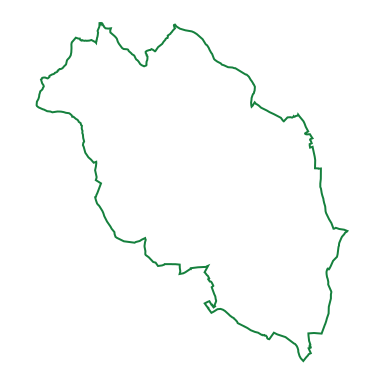 Alunis, Cluj, Romania (Mercator projection)
{"feature_id": "2599482B75339892502003", "entity_name": "Alunis", "entity_type": "district", "adm_level": 2, "iso_a3": "ROU", "parent_name": "Romania", "parent_adm1": "Cluj", "projection": "mercator", "projection_center": [23.748, 47.047], "detail": "fine", "context": "isolated", "style": "outline", "palette": "green", "viewbox_px": 384, "rotation_deg": 0, "n_neighbors": 0, "source": "geoboundaries", "source_scale": "gbopen_adm2", "svg_char_len": 5791}
<svg xmlns="http://www.w3.org/2000/svg" viewBox="0 0 384 384"><path d="M232.4,67.5L228.1,67.2L224.0,65.3L221.8,64.6L220.8,63.4L217.3,61.6L214.8,59.8L214.0,58.9L212.1,53.9L211.2,52.8L209.6,49.9L208.7,47.8L207.1,45.3L205.8,44.4L202.6,39.2L196.8,34.1L194.1,32.4L191.8,31.4L185.4,30.3L180.0,28.7L176.5,26.5L175.0,24.6L174.1,24.9L173.9,25.4L174.4,27.3L175.0,28.3L172.9,30.5L171.6,32.3L170.9,32.9L170.4,33.8L167.9,35.5L167.7,35.7L167.9,36.6L167.5,38.0L166.9,38.0L165.7,38.8L165.3,39.8L163.6,41.7L162.2,43.9L158.1,47.1L155.3,51.2L155.0,51.3L152.8,49.7L151.4,49.1L150.4,50.0L149.5,50.0L147.0,50.8L145.7,51.7L145.7,53.0L146.2,53.5L146.3,54.3L146.8,54.9L146.6,55.2L146.7,55.7L147.5,56.4L147.4,58.9L147.2,60.2L146.6,61.5L146.4,63.7L146.5,64.6L146.3,65.4L144.1,66.3L141.7,65.2L140.2,64.1L138.7,61.7L137.5,60.3L136.4,59.6L135.8,58.8L134.3,55.7L133.9,55.3L132.0,54.2L131.3,53.3L128.7,51.0L128.1,49.7L127.1,49.3L123.6,49.0L122.1,48.0L118.9,43.7L117.8,41.7L116.9,38.9L116.1,37.7L114.6,36.1L110.4,32.5L110.2,30.6L110.9,28.3L108.3,28.6L105.5,28.3L104.1,26.9L103.6,25.7L103.0,25.4L102.8,24.3L102.0,23.2L101.5,23.1L101.0,24.4L100.7,24.0L100.6,23.0L99.5,23.1L99.4,26.5L97.6,30.9L98.1,32.8L97.9,33.5L97.8,34.8L97.4,37.0L97.0,38.0L96.9,39.2L96.5,40.2L96.6,40.9L96.2,41.2L96.1,42.9L95.5,42.2L91.4,40.0L89.4,40.6L86.7,40.8L85.5,40.6L84.7,40.8L82.9,40.5L82.1,40.1L81.7,40.6L81.4,40.6L80.1,39.7L79.9,39.3L79.8,38.6L78.4,38.6L75.8,37.7L71.8,42.4L71.4,44.2L71.5,48.1L71.3,52.3L70.7,55.4L69.4,57.6L67.4,59.7L66.9,60.6L66.1,64.2L65.8,64.7L64.1,66.3L62.7,68.0L61.8,68.6L60.5,69.1L59.7,69.0L58.2,70.2L58.2,70.6L57.6,70.8L57.3,71.7L56.8,72.1L54.9,72.8L54.6,73.4L53.7,74.0L52.0,74.5L49.5,75.9L49.3,76.4L49.4,77.0L47.9,78.3L47.4,78.4L45.0,77.5L43.3,77.6L42.2,77.9L41.7,79.1L41.0,79.5L42.2,83.4L43.3,84.9L43.8,86.3L43.7,86.7L43.0,87.7L42.6,89.0L41.7,90.1L40.2,91.4L40.1,92.2L39.3,94.7L39.1,96.7L38.4,99.0L36.9,101.7L36.6,105.2L37.0,106.1L38.6,107.4L42.9,109.3L43.8,109.5L47.2,111.2L50.3,111.5L52.4,112.3L57.5,111.5L60.9,111.6L63.7,112.1L65.9,112.8L69.0,113.2L69.9,113.7L71.7,115.3L72.3,116.8L73.0,116.6L73.6,116.9L75.9,118.9L77.5,119.8L78.3,120.8L78.7,121.8L80.6,123.1L81.1,125.0L81.9,125.7L81.7,128.1L82.0,129.6L82.5,130.9L82.3,133.0L82.9,134.5L83.2,138.0L84.1,141.3L84.1,141.7L83.4,142.6L82.9,145.1L83.7,146.8L85.3,152.7L88.4,157.3L91.0,159.6L93.7,162.7L96.2,161.8L96.3,163.1L95.9,166.5L95.1,170.2L96.6,177.0L96.5,178.0L95.8,180.1L101.0,183.4L97.3,193.2L96.4,195.0L96.2,195.9L95.6,197.4L95.2,197.4L95.9,200.1L97.0,203.3L97.8,204.5L98.9,205.5L99.8,206.8L102.5,211.2L103.4,213.3L104.3,216.2L107.0,221.5L110.5,226.6L111.6,228.7L114.4,232.1L114.6,234.1L115.5,236.8L116.8,237.8L123.9,241.3L134.6,242.7L135.8,242.0L139.7,241.0L141.7,239.7L145.1,238.1L145.3,239.1L145.6,239.4L145.7,239.9L145.0,242.3L144.5,246.0L144.6,247.1L145.4,251.1L145.3,254.0L145.4,254.5L145.8,255.1L148.8,257.3L153.2,262.0L155.6,262.6L158.0,266.0L162.2,265.4L164.3,264.6L164.6,264.1L175.4,264.2L179.7,264.6L179.8,268.0L180.3,271.2L179.6,274.0L183.3,273.3L185.3,272.3L190.1,269.1L190.8,269.1L190.8,268.2L197.9,267.3L206.1,266.9L206.9,266.3L208.1,265.8L204.6,272.3L205.1,272.7L206.9,275.1L207.9,275.9L209.2,278.5L208.2,279.2L209.8,281.5L210.4,281.4L211.0,281.7L211.7,282.5L213.3,285.7L213.3,285.9L211.7,287.2L214.3,294.3L215.3,296.4L215.7,299.2L216.1,300.3L216.1,301.3L215.0,304.1L214.4,305.2L215.1,306.3L213.6,307.4L212.4,305.8L212.1,304.7L211.5,304.8L209.4,301.2L207.8,301.8L204.7,303.4L206.6,306.1L208.1,307.7L207.8,307.8L208.3,308.6L211.4,312.8L213.4,311.8L217.5,309.2L220.5,308.9L222.9,309.7L225.0,311.0L229.0,314.6L229.7,315.4L232.5,317.5L233.6,317.9L234.3,318.9L235.4,319.7L235.8,320.3L237.0,321.5L237.7,323.1L247.4,328.0L250.7,330.2L254.9,331.9L258.1,332.7L261.7,334.9L262.6,334.9L263.0,335.3L264.4,335.0L264.9,335.7L266.0,335.7L266.9,336.8L267.3,338.3L268.2,339.0L269.3,339.2L273.9,332.7L277.3,334.4L285.5,337.1L294.0,343.5L295.1,344.0L296.2,345.3L296.9,346.3L297.6,347.9L298.2,349.9L298.3,351.9L299.5,355.9L300.8,358.3L303.3,361.0L306.2,357.3L307.9,355.5L308.7,354.2L310.8,353.2L308.6,348.3L310.7,347.7L310.8,347.5L310.4,346.2L309.6,346.2L309.7,345.2L310.3,344.5L309.1,340.9L308.5,335.6L308.4,333.4L314.0,333.0L321.6,333.6L325.0,324.4L325.2,324.1L326.2,321.1L326.9,318.4L328.6,313.5L328.8,306.8L330.9,298.5L330.9,294.4L331.3,292.5L331.3,291.6L330.9,290.7L328.2,284.5L328.3,282.0L327.7,279.0L327.0,276.9L326.6,274.3L326.5,272.7L326.6,271.3L327.3,269.2L327.8,268.5L328.0,268.5L328.9,269.3L329.4,268.7L330.7,266.2L333.1,260.8L337.0,256.8L337.6,254.2L338.5,246.9L339.0,245.6L339.0,244.3L339.3,242.8L341.3,238.1L342.0,236.7L344.2,234.2L345.2,232.6L346.8,231.7L347.4,231.0L344.1,229.7L339.3,229.0L335.8,227.8L334.4,228.6L333.5,228.7L331.4,223.1L329.1,219.3L326.1,213.1L325.6,211.4L325.2,206.5L324.1,202.8L323.5,200.0L323.4,198.9L322.3,195.5L321.7,193.1L321.0,188.8L320.3,186.9L320.3,183.5L320.8,178.9L320.9,168.5L318.5,168.7L318.3,168.4L315.0,168.3L315.2,160.1L314.7,156.7L312.8,147.9L312.6,146.8L310.1,147.6L309.7,145.5L309.7,144.1L311.7,143.3L310.9,141.1L310.1,139.9L310.1,139.5L310.4,139.1L312.5,138.3L311.4,136.7L309.9,134.2L306.9,134.4L305.8,134.2L305.1,133.7L305.1,133.4L305.3,133.2L308.2,131.4L305.8,126.9L304.5,123.4L303.5,121.3L299.4,116.3L298.1,114.5L297.9,115.3L297.6,115.6L295.8,116.0L294.6,116.8L294.1,116.7L293.7,116.2L293.2,117.0L292.1,117.6L290.4,117.2L287.5,117.4L283.8,121.3L282.9,120.6L280.9,117.8L273.8,114.1L269.5,112.1L266.8,110.5L261.1,107.7L258.8,105.6L257.1,104.4L256.2,104.1L254.7,102.3L252.6,105.7L251.6,106.7L251.3,105.5L251.1,102.6L251.5,99.7L251.6,98.0L252.6,95.0L253.2,93.8L253.5,93.7L254.0,92.9L254.2,91.5L254.6,90.8L254.7,89.5L254.9,86.8L253.8,84.5L253.3,84.0L253.3,83.7L251.7,81.1L250.8,80.0L248.8,76.6L246.6,74.6L245.7,74.5L244.8,74.0L235.3,68.2L234.4,68.2L232.4,67.5Z" fill="none" stroke="#15803d" stroke-width="2"/></svg>